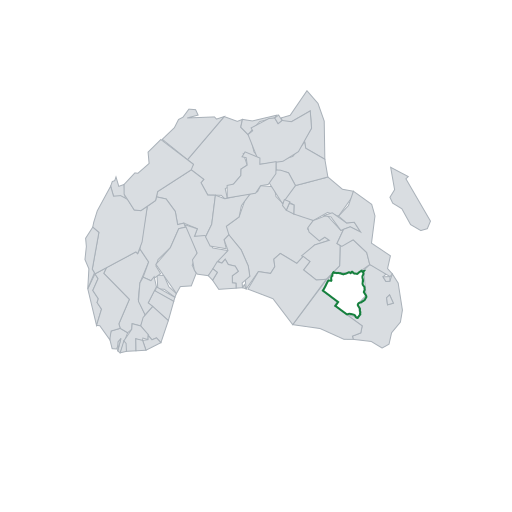 location of Botswana within Africa, rotated 308°
{"feature_id": "BWA", "entity_name": "Botswana", "entity_type": "country or territory", "adm_level": 0, "iso_a3": "BWA", "parent_name": "Africa", "parent_adm1": "", "projection": "orthographic", "projection_center": [24.585, -22.321], "detail": "fine", "context": "in_parent", "style": "outline", "palette": "green", "viewbox_px": 512, "rotation_deg": 308, "n_neighbors": 49, "source": "natural_earth", "source_scale": "50m", "svg_char_len": 12816}
<svg xmlns="http://www.w3.org/2000/svg" viewBox="0 0 512 512"><g transform="rotate(308 256 256)"><path d="M335.8,243.7L362.5,264.0L361.8,283.0L367.0,292.9L363.0,295.4L338.2,296.5L334.4,285.6L319.2,279.3L313.6,270.0L312.3,259.9L319.6,254.6L317.9,243.6L335.8,243.7Z" fill="#d9dde1" stroke="#a8b0b8" stroke-width="1"/><path d="M142.8,140.1L140.9,145.5L128.4,148.6L125.2,158.1L121.5,159.4L119.0,167.0L103.1,173.1L126.6,143.6L142.8,140.1Z" fill="#d9dde1" stroke="#a8b0b8" stroke-width="1"/><path d="M312.3,259.9L319.2,279.3L309.0,279.9L306.9,296.5L313.2,298.6L313.5,304.1L300.8,295.4L275.3,292.7L273.0,273.6L264.5,272.0L259.1,277.4L251.2,278.2L245.2,267.5L224.1,268.5L231.2,261.6L236.2,263.6L243.4,256.0L251.7,240.5L256.4,218.4L261.2,214.3L276.4,218.6L293.2,212.9L302.1,213.1L307.6,217.6L314.2,216.3L321.8,227.8L315.1,235.2L312.3,259.9Z" fill="#d9dde1" stroke="#a8b0b8" stroke-width="1"/><path d="M374.6,250.7L371.5,228.9L377.1,222.8L390.9,221.1L403.7,209.4L383.7,201.3L377.9,194.4L380.5,190.9L387.9,196.3L417.6,194.4L414.4,210.9L404.3,226.7L374.6,250.7Z" fill="#d9dde1" stroke="#a8b0b8" stroke-width="1"/><path d="M362.5,264.0L335.8,243.7L341.6,230.4L336.2,219.0L342.7,213.7L357.2,223.7L375.8,224.1L371.5,228.9L374.6,250.7L362.5,264.0Z" fill="#d9dde1" stroke="#a8b0b8" stroke-width="1"/><path d="M287.6,199.4L283.7,197.4L281.9,196.2L282.4,191.2L274.3,180.5L279.9,167.5L284.2,167.7L284.1,150.3L289.7,150.3L289.7,142.7L346.3,145.1L350.6,158.4L355.3,161.2L348.1,164.7L346.2,178.5L336.8,190.3L335.6,198.8L328.9,182.9L322.2,193.1L315.3,190.7L310.1,194.5L298.8,194.0L290.1,190.3L284.1,197.6L287.6,199.4Z" fill="#d9dde1" stroke="#a8b0b8" stroke-width="1"/><path d="M284.0,151.9L284.2,167.7L279.9,167.5L274.3,180.5L278.9,186.6L253.7,201.6L240.0,204.5L233.6,195.4L241.3,193.0L237.5,178.9L232.5,174.9L241.4,165.0L245.6,150.0L241.3,141.1L246.3,138.8L284.0,151.9Z" fill="#d9dde1" stroke="#a8b0b8" stroke-width="1"/><path d="M250.2,384.0L252.2,381.3L259.9,385.9L266.3,382.7L265.6,363.6L270.6,374.1L273.9,373.5L281.7,365.9L292.7,367.0L311.0,349.7L319.3,350.9L322.3,362.0L321.5,369.6L317.8,368.9L315.9,374.1L318.5,377.0L325.8,374.5L322.2,384.7L303.5,404.7L292.8,410.5L279.0,410.1L268.4,415.1L261.1,412.0L259.6,399.4L250.2,384.0ZM307.6,385.2L303.5,384.6L298.5,389.7L303.4,393.3L307.6,385.2Z" fill="#d9dde1" stroke="#a8b0b8" stroke-width="1"/><path d="M307.6,385.2L303.4,393.3L298.5,389.7L303.5,384.6L307.6,385.2Z" fill="#d9dde1" stroke="#a8b0b8" stroke-width="1"/><path d="M319.3,350.9L304.3,346.4L291.0,326.8L299.8,327.9L316.1,315.8L328.6,322.6L326.9,341.1L319.3,350.9Z" fill="#d9dde1" stroke="#a8b0b8" stroke-width="1"/><path d="M265.1,348.5L266.3,382.7L259.9,385.9L252.2,381.3L250.2,384.0L244.5,376.6L238.3,351.2L224.5,327.2L290.1,326.0L269.6,329.7L269.8,348.1L265.1,348.5Z" fill="#d9dde1" stroke="#a8b0b8" stroke-width="1"/><path d="M96.9,203.4L94.4,199.7L101.6,190.5L107.7,188.0L115.4,193.5L116.5,202.1L96.1,208.6L96.0,205.5L107.9,200.3L96.9,203.4Z" fill="#d9dde1" stroke="#a8b0b8" stroke-width="1"/><path d="M116.5,202.1L115.4,193.5L118.1,189.7L143.8,182.9L148.6,146.7L154.9,145.3L185.3,158.8L185.0,161.3L190.1,160.2L185.2,175.1L163.3,181.1L149.2,190.0L141.4,204.8L129.9,208.2L126.4,200.1L121.7,203.2L116.5,202.1Z" fill="#d9dde1" stroke="#a8b0b8" stroke-width="1"/><path d="M103.1,173.1L119.0,167.0L121.5,159.4L125.2,158.1L128.4,148.6L140.9,145.5L142.8,140.1L154.9,145.3L148.6,146.7L143.8,182.9L118.1,189.7L115.4,193.5L107.7,188.0L100.0,192.3L104.9,175.8L103.1,173.1Z" fill="#d9dde1" stroke="#a8b0b8" stroke-width="1"/><path d="M177.4,216.4L173.5,217.5L173.3,204.2L169.6,198.9L180.0,189.7L184.0,195.5L178.1,206.2L177.4,216.4Z" fill="#d9dde1" stroke="#a8b0b8" stroke-width="1"/><path d="M241.3,141.1L245.6,150.0L241.4,165.0L232.5,174.9L237.5,178.9L235.2,182.6L230.0,178.3L209.8,183.4L193.0,181.0L186.5,183.3L183.4,191.6L171.8,188.4L169.8,180.1L185.2,175.1L190.1,160.2L228.2,139.8L237.9,142.7L241.3,141.1Z" fill="#d9dde1" stroke="#a8b0b8" stroke-width="1"/><path d="M177.4,216.4L187.8,182.2L209.8,183.4L230.0,178.3L237.1,184.2L222.1,207.8L209.4,211.4L205.6,219.5L192.6,223.4L185.3,215.2L177.4,216.4Z" fill="#d9dde1" stroke="#a8b0b8" stroke-width="1"/><path d="M236.9,180.9L241.3,193.0L233.6,195.4L240.8,203.2L235.7,217.0L243.0,230.6L211.1,230.5L205.5,220.8L206.9,216.1L213.9,208.3L222.1,207.8L236.9,180.9Z" fill="#d9dde1" stroke="#a8b0b8" stroke-width="1"/><path d="M170.4,196.5L173.5,217.5L169.6,219.1L165.8,198.5L170.4,196.5Z" fill="#d9dde1" stroke="#a8b0b8" stroke-width="1"/><path d="M166.3,197.1L169.6,219.1L151.1,226.7L152.7,199.9L166.3,197.1Z" fill="#d9dde1" stroke="#a8b0b8" stroke-width="1"/><path d="M129.9,208.2L138.0,204.9L152.7,205.6L151.1,226.7L129.2,234.4L130.2,228.0L125.9,225.6L129.9,208.2Z" fill="#d9dde1" stroke="#a8b0b8" stroke-width="1"/><path d="M107.8,204.1L121.7,203.2L126.4,200.1L129.9,208.2L127.7,219.7L123.6,222.4L121.7,217.4L118.5,219.1L116.8,212.2L107.4,219.8L101.1,212.6L107.8,204.1Z" fill="#d9dde1" stroke="#a8b0b8" stroke-width="1"/><path d="M96.1,208.6L107.8,204.1L107.1,207.5L101.1,212.6L96.1,208.6Z" fill="#d9dde1" stroke="#a8b0b8" stroke-width="1"/><path d="M127.0,219.9L125.9,225.6L130.2,228.0L129.2,234.4L114.0,227.3L119.7,218.6L123.6,222.4L127.0,219.9Z" fill="#d9dde1" stroke="#a8b0b8" stroke-width="1"/><path d="M107.4,219.8L116.8,212.2L119.7,218.6L114.0,227.3L107.4,219.8Z" fill="#d9dde1" stroke="#a8b0b8" stroke-width="1"/><path d="M141.4,204.8L147.9,191.3L163.3,181.1L169.8,180.1L171.8,188.4L177.0,188.5L170.4,196.5L152.7,199.9L152.7,205.6L141.4,204.8Z" fill="#d9dde1" stroke="#a8b0b8" stroke-width="1"/><path d="M302.1,213.1L286.8,213.5L276.4,218.6L261.2,214.3L256.0,221.6L249.2,220.9L243.4,228.1L235.6,213.7L240.0,204.5L253.7,201.6L278.9,186.6L281.9,196.2L302.1,213.1Z" fill="#d9dde1" stroke="#a8b0b8" stroke-width="1"/><path d="M256.0,221.6L251.7,240.5L243.4,256.0L236.2,263.6L226.2,261.7L222.7,264.9L218.4,260.1L222.2,257.0L220.3,253.9L225.8,249.5L233.0,251.5L235.2,245.8L232.2,239.4L234.5,233.7L229.4,233.5L228.4,229.1L243.0,230.6L249.2,220.9L256.0,221.6Z" fill="#d9dde1" stroke="#a8b0b8" stroke-width="1"/><path d="M219.3,229.9L227.7,228.9L229.4,233.5L234.5,233.7L232.2,239.4L235.2,245.8L233.0,251.5L225.8,249.5L220.3,253.9L222.2,257.0L218.4,260.1L206.8,247.2L210.2,236.7L219.3,235.6L219.3,229.9Z" fill="#d9dde1" stroke="#a8b0b8" stroke-width="1"/><path d="M211.1,230.5L219.3,229.9L219.3,235.6L210.2,236.7L211.1,230.5Z" fill="#d9dde1" stroke="#a8b0b8" stroke-width="1"/><path d="M319.2,279.3L331.8,286.7L328.4,307.1L331.0,308.6L315.7,312.1L316.1,315.8L299.8,327.9L280.9,325.7L274.2,318.3L274.3,302.0L284.8,301.9L284.2,291.8L300.8,295.4L313.5,304.1L313.2,298.6L306.9,296.5L307.5,283.1L310.3,279.4L319.2,279.3Z" fill="#d9dde1" stroke="#a8b0b8" stroke-width="1"/><path d="M329.4,284.3L337.0,289.5L337.8,307.0L343.1,312.7L339.3,323.7L337.0,312.3L328.4,307.1L332.9,291.1L329.4,284.3Z" fill="#d9dde1" stroke="#a8b0b8" stroke-width="1"/><path d="M338.2,296.5L352.7,297.8L367.0,292.9L367.9,315.4L360.8,325.1L337.2,339.1L338.9,361.8L327.1,367.4L325.8,374.5L322.3,374.3L319.3,350.9L326.9,341.1L328.6,322.6L316.4,317.7L315.7,312.1L331.0,308.6L337.0,312.3L339.3,323.7L343.1,312.7L337.8,307.0L338.2,296.5Z" fill="#d9dde1" stroke="#a8b0b8" stroke-width="1"/><path d="M322.3,374.3L318.5,377.0L315.9,374.1L317.8,368.9L322.3,374.3Z" fill="#d9dde1" stroke="#a8b0b8" stroke-width="1"/><path d="M222.7,264.9L226.3,264.4L224.1,268.5L222.7,264.9ZM224.9,270.0L245.2,267.5L251.2,278.2L259.1,277.4L264.5,272.0L273.0,273.6L275.3,292.7L284.8,293.4L284.8,301.9L274.3,302.0L274.2,318.3L280.9,325.7L224.5,327.2L232.8,295.7L224.9,270.0Z" fill="#d9dde1" stroke="#a8b0b8" stroke-width="1"/><path d="M318.1,249.9L319.6,254.6L312.3,259.9L310.7,251.7L318.1,249.9Z" fill="#d9dde1" stroke="#a8b0b8" stroke-width="1"/><path d="M408.8,307.5L412.3,327.1L409.1,326.6L390.9,372.0L383.0,374.2L377.5,370.2L375.9,358.5L383.0,341.9L381.8,331.2L384.7,325.4L393.6,324.4L408.8,307.5Z" fill="#d9dde1" stroke="#a8b0b8" stroke-width="1"/><path d="M96.0,205.5L103.4,200.1L107.9,200.3L96.0,205.5Z" fill="#d9dde1" stroke="#a8b0b8" stroke-width="1"/><path d="M220.8,117.5L215.4,106.9L221.5,98.5L226.2,96.9L228.4,98.3L232.1,97.0L226.4,105.0L231.2,108.0L220.8,117.5Z" fill="#d9dde1" stroke="#a8b0b8" stroke-width="1"/><path d="M142.8,140.1L144.8,135.1L177.8,117.7L178.2,109.6L182.6,107.4L193.9,103.1L221.5,98.5L215.4,106.9L220.2,112.1L221.6,120.2L217.3,131.7L220.8,137.3L228.2,139.8L196.9,157.6L185.0,161.3L185.3,158.8L142.8,140.1Z" fill="#d9dde1" stroke="#a8b0b8" stroke-width="1"/><path d="M346.8,174.9L348.1,164.7L355.3,161.2L360.2,170.0L379.7,185.6L376.3,185.8L364.3,176.2L346.8,174.9Z" fill="#d9dde1" stroke="#a8b0b8" stroke-width="1"/><path d="M126.6,143.6L143.0,132.2L147.9,123.4L159.0,116.5L165.1,110.8L178.2,109.6L177.8,117.7L144.8,135.1L143.2,139.1L126.6,143.6Z" fill="#d9dde1" stroke="#a8b0b8" stroke-width="1"/><path d="M346.3,145.1L289.7,142.7L290.2,110.3L306.9,112.7L315.9,110.9L320.4,113.0L330.4,112.7L334.1,118.3L331.4,123.6L322.4,116.8L340.0,137.6L339.6,140.6L346.3,145.1Z" fill="#d9dde1" stroke="#a8b0b8" stroke-width="1"/><path d="M289.2,109.3L289.7,150.3L284.0,151.9L246.3,138.8L237.9,142.7L220.8,137.3L217.3,131.7L223.5,114.0L231.2,108.0L246.9,109.4L248.5,112.0L263.1,114.8L271.4,107.0L289.2,109.3Z" fill="#d9dde1" stroke="#a8b0b8" stroke-width="1"/><path d="M403.7,209.4L390.9,221.1L364.4,225.2L347.2,218.9L330.6,202.6L346.8,174.9L352.6,176.3L353.9,173.3L372.3,181.5L376.3,185.8L373.9,191.9L378.8,193.0L383.7,201.3L403.7,209.4Z" fill="#d9dde1" stroke="#a8b0b8" stroke-width="1"/><path d="M376.3,185.8L381.0,187.0L378.8,193.0L373.9,191.9L376.3,185.8Z" fill="#d9dde1" stroke="#a8b0b8" stroke-width="1"/><path d="M335.8,243.7L313.6,244.5L322.1,220.4L336.2,219.0L338.7,222.4L341.6,230.4L335.8,243.7Z" fill="#d9dde1" stroke="#a8b0b8" stroke-width="1"/><path d="M317.9,243.6L319.6,249.3L310.7,251.7L312.1,245.8L317.9,243.6Z" fill="#d9dde1" stroke="#a8b0b8" stroke-width="1"/><path d="M320.0,221.6L314.2,216.3L305.2,217.0L284.1,197.6L293.8,189.8L298.8,194.0L310.1,194.5L315.3,190.7L322.2,193.1L327.4,187.8L325.6,183.9L331.3,183.3L335.6,198.8L330.6,202.6L342.7,213.7L333.1,221.0L320.0,221.6Z" fill="#d9dde1" stroke="#a8b0b8" stroke-width="1"/><path d="M291.0,327.1L290.9,327.3L290.8,327.7L290.9,328.0L291.1,328.4L291.4,328.7L291.6,328.9L291.9,329.4L292.1,330.0L292.5,330.4L293.5,331.5L293.6,331.9L293.7,332.3L294.3,333.0L294.4,333.3L294.4,333.8L295.0,335.3L295.4,336.2L295.8,336.3L296.9,337.3L297.9,338.0L299.0,338.5L299.9,338.9L300.3,339.1L300.5,339.4L300.7,339.8L300.8,340.6L300.8,341.1L301.7,341.1L302.4,341.2L302.7,341.3L302.8,341.4L302.8,341.7L302.8,342.2L302.8,342.6L302.7,343.1L302.7,343.6L302.6,344.2L302.7,344.4L303.4,345.2L303.7,345.7L304.0,346.5L304.2,346.8L304.4,346.9L305.0,347.0L306.7,347.3L307.7,347.6L308.5,348.0L308.9,348.1L309.1,348.1L309.0,348.9L309.0,349.1L309.1,349.3L309.2,349.5L309.4,349.6L310.0,349.6L310.4,350.1L310.6,350.3L309.5,350.3L308.9,350.6L308.6,351.2L308.1,351.7L307.4,351.9L306.6,352.1L305.9,352.2L305.0,352.7L304.1,353.6L303.7,354.2L303.6,354.4L303.4,354.6L303.1,354.8L302.9,355.0L302.8,355.3L302.6,355.4L302.3,355.4L302.0,355.5L301.9,355.9L301.6,356.1L301.1,356.2L300.7,356.4L300.3,356.7L300.0,356.9L299.9,356.9L299.6,357.2L299.1,357.8L299.0,358.1L298.3,360.6L298.0,360.9L297.3,361.4L296.7,362.0L296.5,362.3L296.2,362.5L295.0,362.8L294.5,362.9L293.9,363.2L293.8,363.4L293.6,364.1L293.2,365.2L292.9,366.0L292.7,366.7L292.3,367.6L292.0,367.9L291.7,368.2L291.2,368.3L290.6,368.4L290.0,368.4L289.6,368.4L289.0,368.7L288.4,368.7L287.5,368.5L286.8,368.3L286.5,368.3L285.8,367.7L285.4,367.7L284.8,367.7L284.4,367.6L284.1,367.3L283.4,366.7L282.7,366.3L282.1,366.0L281.5,365.9L280.9,366.0L280.5,366.1L280.3,366.2L280.0,366.4L279.7,366.9L279.4,367.6L279.3,368.0L279.0,369.0L278.6,370.1L278.4,370.4L278.2,370.6L277.8,370.8L276.7,371.7L276.1,372.7L275.7,373.0L275.3,373.2L274.9,373.3L274.7,373.4L274.5,373.9L274.3,374.1L274.1,374.2L273.4,374.1L273.2,374.1L271.4,374.2L270.9,374.1L270.5,374.0L269.9,374.3L269.6,374.1L269.4,373.7L269.3,372.9L269.3,372.2L269.6,371.6L269.9,371.2L270.1,370.7L270.1,370.3L270.0,369.9L270.0,369.4L269.6,368.5L269.1,367.2L268.4,365.9L268.2,365.5L267.7,364.9L266.2,363.8L266.0,363.6L265.9,362.4L265.9,360.9L265.8,359.4L265.8,357.9L265.7,356.4L265.7,354.9L265.7,353.5L265.6,352.0L265.6,350.5L265.5,349.2L266.6,349.2L268.0,349.2L269.6,349.1L270.3,349.1L270.3,348.9L270.3,348.0L270.2,345.9L270.2,343.7L270.1,341.6L270.1,339.5L270.1,337.4L270.0,335.3L270.0,333.2L269.9,331.1L269.9,330.0L271.2,329.9L272.6,329.7L275.0,329.3L277.2,328.8L278.6,328.5L280.3,328.2L280.9,328.2L281.1,328.2L281.3,328.3L282.1,329.4L282.6,330.2L282.7,330.5L282.8,330.5L283.1,330.5L283.3,330.4L284.1,329.5L284.3,329.3L284.8,328.9L285.4,328.5L286.0,328.3L286.6,328.0L286.8,328.1L287.1,328.3L287.4,328.4L288.7,327.4L289.3,327.2L290.8,327.0L291.0,327.1Z" fill="none" stroke="#15803d" stroke-width="2"/></g></svg>